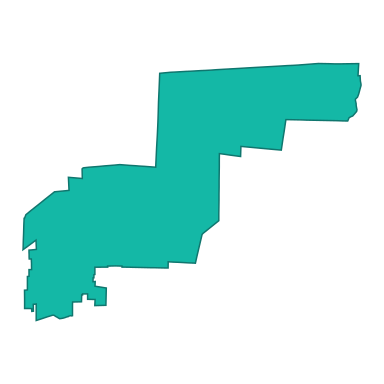 Chapultepec, México, Mexico
{"feature_id": "50627088B16743995066906", "entity_name": "Chapultepec", "entity_type": "district", "adm_level": 2, "iso_a3": "MEX", "parent_name": "Mexico", "parent_adm1": "México", "projection": "equal_earth", "projection_center": [-99.553, 19.204], "detail": "fine", "context": "isolated", "style": "filled", "palette": "teal", "viewbox_px": 384, "rotation_deg": 0, "n_neighbors": 0, "source": "geoboundaries", "source_scale": "gbopen_adm2", "svg_char_len": 3105}
<svg xmlns="http://www.w3.org/2000/svg" viewBox="0 0 384 384"><path d="M240.6,156.5L240.9,146.4L246.3,146.9L251.7,147.4L257.1,147.9L262.4,148.4L267.8,148.9L273.2,149.4L281.3,150.1L282.2,144.0L283.1,137.9L284.1,131.8L285.0,125.7L285.9,119.6L291.1,119.7L296.2,119.8L301.4,119.9L306.5,120.1L311.7,120.2L316.8,120.3L322.0,120.4L327.1,120.5L332.3,120.6L337.4,120.7L342.6,120.9L347.7,121.0L348.0,120.3L349.1,117.7L351.1,116.6L352.7,116.0L356.6,111.5L357.0,109.8L356.6,107.8L356.2,105.7L356.1,103.5L355.4,100.3L355.5,99.0L357.5,97.2L358.7,94.0L360.3,88.0L361.0,85.6L361.0,84.2L360.4,81.0L360.1,75.7L358.0,75.7L358.7,63.6L351.9,63.7L345.0,63.8L340.1,63.9L335.2,63.9L328.8,63.7L323.6,63.6L318.4,63.5L313.2,63.9L308.0,64.3L302.7,64.7L297.5,65.1L292.3,65.4L287.2,65.6L282.8,65.9L277.5,66.2L272.2,66.5L266.8,66.8L261.5,67.1L256.2,67.4L250.9,67.7L244.2,68.1L237.5,68.5L232.2,68.8L227.0,69.1L221.7,69.4L216.4,69.7L211.2,70.1L205.9,70.4L200.9,70.6L195.9,70.9L190.9,71.2L185.9,71.4L181.0,71.7L176.0,72.0L169.9,72.3L169.2,72.4L164.8,72.8L159.7,73.3L159.4,81.3L159.0,91.0L158.5,102.0L158.2,113.3L157.9,122.6L157.3,135.5L156.6,147.6L156.0,160.6L155.7,167.2L150.3,166.8L145.2,166.4L140.1,166.1L135.0,165.7L129.9,165.4L124.8,165.0L119.7,164.6L114.6,165.1L109.5,165.5L104.4,165.9L99.3,166.4L94.2,166.8L89.0,167.2L83.6,167.8L82.7,168.2L82.1,168.9L82.3,178.5L75.4,177.9L68.4,177.3L68.8,185.7L69.0,189.7L69.0,190.4L67.1,190.6L60.8,191.2L54.5,191.8L49.7,195.6L44.9,199.4L40.2,203.2L35.4,207.0L30.6,210.8L25.9,214.7L24.4,218.6L24.1,218.5L23.8,225.7L23.6,233.0L23.3,240.8L23.1,248.6L23.0,249.7L26.9,246.9L36.0,240.1L36.2,244.8L36.4,249.4L31.7,249.9L30.4,250.0L29.0,250.1L29.0,252.3L29.1,254.6L29.1,256.9L29.2,259.0L31.3,259.0L31.4,261.3L31.5,263.3L31.5,265.9L31.6,269.6L29.0,269.6L29.0,273.0L29.0,276.3L27.4,276.5L27.4,283.2L27.4,289.9L26.0,290.1L24.5,290.2L24.6,299.4L24.6,308.5L28.1,308.5L31.7,308.6L31.7,310.0L31.8,311.4L33.4,311.2L33.3,304.3L34.8,304.2L36.2,304.0L36.2,307.7L36.2,310.7L36.2,312.3L36.2,314.1L36.2,316.3L36.2,320.5L41.8,318.7L47.4,316.8L50.4,315.9L52.6,315.2L53.8,315.2L54.7,315.7L55.4,316.3L56.6,316.9L58.1,317.8L59.6,318.7L61.2,318.5L62.9,318.2L65.0,317.6L67.5,316.6L67.9,316.8L68.6,316.3L69.5,315.9L70.6,315.7L71.7,315.9L72.5,315.7L72.5,311.4L72.5,306.8L72.5,304.6L72.6,302.0L81.5,301.8L81.6,298.3L81.7,294.9L82.6,294.9L82.6,293.9L87.6,293.9L87.6,299.3L95.1,299.5L94.8,305.6L105.9,305.3L106.3,288.0L95.0,286.2L95.2,281.5L93.0,281.7L93.1,277.8L93.9,277.8L93.9,274.7L94.9,274.5L94.9,267.2L107.7,267.1L107.6,266.1L115.6,265.9L122.0,266.1L122.0,267.1L122.7,267.1L129.3,267.2L132.6,267.3L142.0,267.5L150.6,267.7L152.0,267.7L153.9,267.7L157.5,267.8L161.7,267.9L166.0,268.0L168.1,268.0L168.2,261.8L173.4,262.1L178.6,262.3L183.8,262.6L189.0,262.9L194.2,263.1L195.4,263.2L197.0,256.0L198.7,248.8L200.4,241.6L202.1,234.4L203.2,233.2L203.4,233.1L203.5,233.0L208.6,228.9L213.7,224.8L218.8,220.7L218.8,214.0L218.9,207.3L219.0,200.6L219.0,193.9L219.1,187.2L219.1,180.5L219.2,173.7L219.3,167.0L219.3,160.3L219.4,153.6L224.7,154.3L230.0,155.1L235.3,155.8L240.6,156.5Z" fill="#14b8a6" stroke="#0f766e" stroke-width="1.5"/></svg>